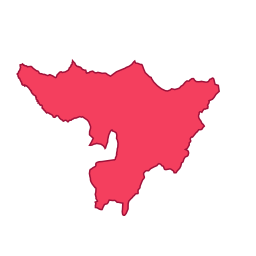 outline of Lundazi, Eastern, Zambia, rotated 348°
{"feature_id": "96606910B63463932820005", "entity_name": "Lundazi", "entity_type": "district", "adm_level": 2, "iso_a3": "ZMB", "parent_name": "Zambia", "parent_adm1": "Eastern", "projection": "natural_earth1", "projection_center": [33.083, -12.415], "detail": "fine", "context": "isolated", "style": "filled", "palette": "rose", "viewbox_px": 256, "rotation_deg": 348, "n_neighbors": 0, "source": "geoboundaries", "source_scale": "gbopen_adm2", "svg_char_len": 5668}
<svg xmlns="http://www.w3.org/2000/svg" viewBox="0 0 256 256"><g transform="rotate(348 128 128)"><path d="M31.1,51.8L30.8,52.2L31.3,53.2L31.4,54.5L31.2,54.7L31.5,55.6L31.4,56.3L31.6,56.5L32.3,56.8L32.5,58.6L32.7,59.0L32.9,60.1L33.4,60.9L33.2,61.2L33.2,61.8L33.5,62.6L33.4,63.1L33.6,63.2L33.5,63.5L34.2,64.3L35.3,64.5L35.6,65.3L36.0,64.9L36.1,65.5L36.9,65.3L37.5,65.6L37.7,66.1L38.2,66.4L38.5,67.2L39.1,67.8L40.0,70.0L40.4,70.4L40.5,71.0L40.9,71.2L40.8,71.6L41.0,71.7L40.9,72.4L41.1,72.6L41.1,73.3L41.6,74.4L42.0,74.6L42.2,75.6L43.6,76.8L44.4,77.7L44.3,78.2L44.5,78.9L44.3,78.9L44.4,79.2L44.3,79.3L44.2,80.7L45.0,81.8L44.8,82.0L45.0,82.5L44.9,82.6L45.4,82.9L45.0,83.3L45.3,83.5L45.7,84.0L45.7,84.5L45.5,84.8L45.9,84.8L46.6,87.0L47.1,87.2L47.3,87.6L47.9,87.5L48.4,87.8L48.6,88.1L48.5,89.9L48.2,90.2L48.3,91.1L48.5,91.3L48.7,91.1L49.4,92.0L49.6,93.2L50.7,94.4L50.6,94.8L51.6,96.4L52.3,96.1L53.2,96.7L54.3,97.5L54.3,97.8L54.9,98.1L56.2,99.2L57.0,100.4L57.1,101.4L57.3,101.8L58.4,102.3L59.1,102.2L59.8,101.7L60.1,101.2L60.4,101.3L60.6,101.0L61.2,101.1L62.2,101.7L63.2,104.2L64.5,106.0L65.6,106.7L65.8,107.5L66.2,107.9L68.1,107.4L68.9,107.6L69.4,107.9L70.2,109.2L70.6,109.5L72.3,108.3L74.2,108.5L74.9,107.9L76.5,107.7L77.1,107.3L78.3,107.2L79.0,107.5L83.2,106.8L84.8,107.7L85.8,107.5L89.9,111.8L90.9,113.8L91.7,118.6L91.4,120.3L89.7,123.5L89.0,126.4L89.0,126.7L91.9,130.8L89.2,134.3L86.8,136.9L87.5,137.1L89.3,137.2L91.0,136.7L93.4,136.7L93.9,136.5L98.2,138.2L100.2,140.3L101.2,142.5L101.3,143.2L102.0,142.7L102.2,142.1L104.3,138.6L105.1,137.6L105.8,135.0L107.7,130.8L110.1,127.5L111.8,126.2L111.5,126.6L111.5,126.9L112.2,126.9L112.1,127.5L112.4,127.8L113.4,128.3L115.3,130.0L115.6,131.5L115.5,132.0L115.6,132.6L114.6,135.9L115.1,137.6L115.1,140.7L114.1,144.5L113.2,146.1L112.6,148.1L111.6,150.3L111.6,151.2L111.4,151.2L110.8,153.1L109.7,154.3L109.1,155.9L108.1,156.4L107.3,156.2L95.5,155.4L92.8,155.0L90.7,155.2L89.5,155.7L88.9,156.7L89.0,157.6L88.6,158.3L87.9,158.9L85.6,159.5L83.6,160.5L82.5,160.7L81.8,161.7L80.8,164.5L80.7,167.7L80.8,169.2L80.5,171.0L80.6,172.7L81.4,175.3L83.3,179.3L83.5,179.2L84.0,179.9L84.1,180.6L83.2,184.0L82.2,186.0L82.3,189.6L82.0,190.4L82.9,192.7L82.9,193.3L80.5,193.7L80.8,195.3L80.0,197.0L79.6,199.0L81.2,199.6L83.0,201.3L84.4,202.1L85.6,202.4L86.2,201.8L86.5,201.1L89.0,198.0L89.9,197.8L91.6,197.8L92.2,197.5L93.0,196.8L94.6,194.6L98.1,195.8L99.9,196.0L100.6,196.5L101.9,198.4L103.0,198.6L107.3,200.5L105.6,206.8L105.0,208.5L104.8,211.0L105.0,211.9L105.7,212.5L106.5,212.6L107.3,212.1L108.6,210.9L111.2,207.2L112.4,202.1L113.5,199.8L115.7,198.1L117.9,196.8L118.8,195.9L120.4,195.1L120.9,194.5L121.4,194.2L122.1,194.0L124.0,194.2L124.4,193.8L124.6,192.1L125.1,190.6L127.0,189.2L127.3,188.8L127.8,187.2L130.7,182.9L131.7,181.6L132.9,180.8L133.7,179.8L133.8,179.3L133.6,177.0L133.9,175.5L134.4,175.0L135.6,174.1L136.3,173.7L137.3,173.6L139.3,174.1L141.6,172.5L145.4,171.4L148.4,170.8L149.9,169.6L150.9,169.3L152.5,170.3L153.3,172.0L154.2,172.4L154.7,173.3L155.1,175.8L155.4,176.2L156.5,176.6L160.4,176.7L161.2,177.0L163.4,179.3L163.9,180.7L163.7,181.2L164.5,181.6L165.8,181.7L167.1,180.3L170.1,178.2L171.8,176.1L173.1,173.2L174.3,172.8L174.8,172.5L176.1,170.1L177.5,168.6L178.3,168.1L179.5,168.0L180.4,167.7L181.1,167.1L182.1,165.1L182.1,163.3L181.4,162.2L179.7,160.9L181.1,160.5L182.0,160.0L184.3,157.4L184.8,155.3L186.3,154.4L186.7,153.6L186.5,151.8L186.9,151.1L187.8,150.3L188.4,150.0L188.9,150.3L189.5,150.1L193.7,146.7L194.4,146.2L194.9,146.2L196.7,144.4L199.1,144.8L199.6,144.5L200.3,144.4L201.4,143.1L203.0,142.1L202.9,141.6L202.2,140.0L201.3,138.9L200.7,136.3L199.6,133.8L199.4,132.6L199.4,131.6L199.8,130.0L199.9,129.7L200.5,129.2L200.7,128.2L201.0,127.6L201.6,127.1L202.6,127.3L203.5,128.0L204.7,126.6L206.2,125.4L206.7,125.3L207.7,125.6L209.2,125.2L209.7,125.4L210.2,125.2L210.8,123.3L210.5,122.6L210.7,122.0L212.2,120.6L212.9,119.2L212.8,118.2L216.6,117.4L218.5,116.0L221.0,113.4L224.8,111.1L225.2,105.1L222.5,103.5L222.2,103.1L222.1,98.5L221.9,97.4L221.3,96.8L220.8,96.7L219.9,97.2L218.2,97.4L216.3,99.3L214.6,99.5L213.6,99.3L209.4,97.6L209.3,97.8L206.5,97.4L204.4,96.8L203.1,95.2L202.4,93.3L200.8,93.0L198.4,94.0L197.6,94.7L197.0,94.8L195.5,94.2L193.7,95.0L190.5,97.5L188.5,98.2L186.7,99.6L184.9,99.9L181.8,100.1L178.8,98.7L177.2,99.6L174.3,100.0L172.3,99.3L168.9,96.7L167.5,95.1L165.4,92.7L162.7,88.4L161.2,84.3L161.2,83.4L159.6,82.3L156.3,77.4L155.6,73.8L155.0,69.5L154.6,68.7L153.3,68.4L151.0,66.8L149.4,66.3L149.0,66.0L148.6,65.0L148.5,63.9L147.4,64.5L144.9,66.6L141.9,67.9L138.8,68.4L137.7,68.9L128.4,70.6L121.7,73.7L119.0,71.4L118.1,70.2L117.0,69.6L113.8,69.1L113.0,68.6L110.1,67.3L108.6,67.5L107.3,67.2L105.8,65.7L105.5,65.2L105.1,65.0L102.4,65.1L101.4,65.8L100.3,65.6L99.5,65.8L99.3,65.6L98.8,65.6L98.6,64.8L98.8,64.0L98.6,62.6L97.9,62.6L97.2,62.2L96.6,61.7L95.9,61.5L95.7,61.1L95.1,60.6L94.9,59.7L94.3,58.9L93.8,58.8L93.6,58.3L93.1,58.2L92.4,57.6L92.1,57.8L90.8,56.9L90.7,56.4L90.1,55.8L89.8,55.3L89.5,53.5L89.0,52.9L87.8,50.7L87.5,51.8L87.0,52.3L86.9,53.0L86.6,53.8L86.0,54.5L85.7,54.4L85.1,55.2L84.8,56.0L83.0,57.1L83.0,57.4L81.7,59.0L78.7,60.0L77.7,60.1L75.1,60.0L74.6,59.3L73.6,59.1L72.8,59.4L72.6,59.3L71.2,60.4L69.9,61.1L68.4,63.4L67.8,63.7L66.8,63.1L65.4,61.6L62.7,59.6L62.0,59.6L61.6,60.0L60.2,60.0L57.5,58.2L56.6,58.1L54.4,56.8L53.7,56.7L53.0,56.3L52.5,55.8L52.4,55.0L51.9,53.8L50.8,53.1L50.5,53.1L49.9,52.5L47.7,50.0L46.8,48.5L46.2,47.8L45.9,47.6L42.8,47.2L42.7,47.1L42.3,47.2L41.5,46.1L40.2,45.7L39.1,45.0L39.2,44.6L38.7,44.4L38.7,44.2L38.4,44.0L38.2,43.4L37.0,43.9L35.7,43.7L35.4,44.8L35.5,46.4L34.3,48.6L33.8,49.3L32.8,50.0L32.3,51.4L31.1,51.8Z" fill="#f43f5e" stroke="#9f1239" stroke-width="1.5"/></g></svg>